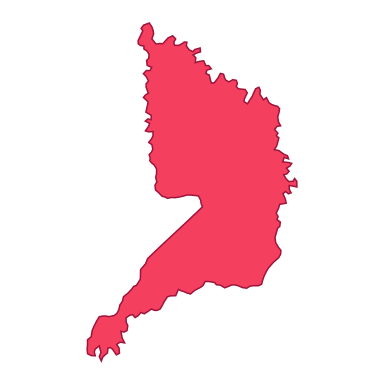 the district of Mandaguari, Paraná, Brazil
{"feature_id": "56859067B2319908604848", "entity_name": "Mandaguari", "entity_type": "district", "adm_level": 2, "iso_a3": "BRA", "parent_name": "Brazil", "parent_adm1": "Paraná", "projection": "robinson", "projection_center": [-51.721, -23.489], "detail": "fine", "context": "isolated", "style": "filled", "palette": "rose", "viewbox_px": 384, "rotation_deg": 0, "n_neighbors": 0, "source": "geoboundaries", "source_scale": "gbopen_adm2", "svg_char_len": 3606}
<svg xmlns="http://www.w3.org/2000/svg" viewBox="0 0 384 384"><path d="M280.6,125.8L278.6,122.1L277.7,117.1L279.1,111.9L279.6,108.8L277.6,106.3L275.0,105.7L271.7,104.5L269.1,102.8L266.4,97.6L263.5,99.8L259.9,94.3L260.3,90.2L258.9,87.2L255.6,88.8L253.7,92.9L252.3,96.3L249.1,101.1L247.5,103.8L243.9,101.6L244.5,98.7L247.3,92.8L245.1,89.5L238.4,88.8L236.3,86.5L237.4,83.5L236.3,80.3L232.8,79.7L229.0,81.8L225.9,80.3L224.5,77.6L223.6,74.2L220.4,73.4L218.1,77.8L214.3,82.8L211.3,83.0L210.3,79.5L209.3,75.0L205.8,73.5L207.0,70.0L211.3,68.8L208.7,65.6L205.8,65.6L203.7,60.8L198.7,61.5L195.3,62.7L195.8,57.7L193.1,55.0L196.4,53.1L200.5,51.9L200.1,48.0L194.8,49.5L192.9,51.6L189.2,49.9L186.3,45.9L186.9,42.2L184.3,42.0L182.0,43.7L178.7,45.4L174.6,45.3L173.8,42.2L175.7,38.9L172.7,35.8L168.1,37.9L162.8,43.7L159.6,43.5L156.1,44.1L151.9,38.9L153.6,33.9L153.2,30.7L151.9,26.9L149.3,23.0L143.6,25.1L141.1,28.4L142.8,30.9L141.3,33.9L139.7,37.4L138.2,40.4L138.2,43.7L140.4,45.5L143.9,46.0L143.9,49.0L147.2,51.2L149.1,54.5L148.7,58.5L146.6,60.4L147.2,65.4L151.7,67.3L149.9,70.6L146.4,70.5L143.4,73.7L146.2,76.5L148.5,81.0L146.1,83.8L146.1,87.1L148.3,93.3L145.6,94.8L143.4,97.5L145.8,99.6L148.1,102.0L147.2,106.3L145.9,112.1L151.2,115.4L151.1,119.7L147.9,118.9L145.3,121.1L149.6,123.4L148.6,126.3L145.4,130.9L148.9,131.9L153.0,131.6L153.0,135.9L151.4,139.1L148.7,142.4L151.9,144.7L152.8,149.1L151.5,152.2L149.1,154.7L150.2,157.7L149.8,160.8L151.7,163.0L154.3,165.1L156.6,169.0L156.5,173.9L155.7,177.5L156.8,182.0L155.0,185.2L155.5,190.0L158.8,192.8L162.1,196.3L165.0,197.0L167.5,198.3L171.4,197.5L175.0,197.7L179.2,197.0L183.7,196.0L186.8,195.0L191.5,195.1L198.4,195.9L200.7,200.3L201.1,203.4L202.4,206.9L198.8,210.3L196.5,212.7L193.7,215.1L189.1,219.6L160.9,245.9L147.6,258.6L145.5,263.9L140.6,269.6L140.3,279.2L136.5,285.3L133.6,286.5L131.5,289.4L127.6,293.5L123.5,296.7L122.4,301.3L119.8,305.1L118.9,309.5L117.1,313.2L114.1,315.6L109.0,316.6L105.7,316.0L102.7,316.0L99.2,316.8L96.8,320.8L93.8,326.7L92.1,330.8L91.2,336.8L87.5,339.8L87.5,345.1L87.1,349.2L87.6,353.8L91.4,355.6L95.3,355.8L94.3,352.1L95.1,349.2L99.3,345.9L100.1,349.4L101.0,352.3L99.3,356.6L101.3,361.0L102.8,357.1L104.8,355.1L107.5,352.9L107.9,348.1L110.5,347.6L112.7,349.4L116.4,354.9L119.5,353.2L119.0,347.9L116.7,344.4L120.1,342.1L124.6,342.9L122.1,337.9L121.0,331.3L124.1,332.1L127.0,330.6L127.8,325.6L126.1,322.2L126.1,317.8L129.8,315.2L132.7,314.7L135.1,317.6L138.3,315.6L140.8,312.5L144.3,313.8L148.2,311.3L151.5,309.0L153.9,310.2L156.5,310.5L159.9,309.3L161.8,306.3L164.3,301.5L167.4,296.8L170.3,295.9L175.7,295.7L178.4,289.4L180.9,290.7L183.9,291.6L187.0,293.0L190.5,294.0L194.8,290.3L200.3,287.5L203.1,285.5L205.1,281.5L208.6,281.5L214.6,282.5L216.3,284.7L220.5,285.2L224.7,287.8L228.2,286.5L231.8,284.9L234.9,284.9L238.0,285.7L242.5,287.6L246.7,288.2L249.9,286.2L253.3,285.7L258.6,285.7L261.6,284.2L262.6,280.4L264.2,275.8L266.8,270.6L268.5,267.9L271.1,264.9L273.8,261.9L278.7,257.7L280.6,254.2L280.9,250.4L278.4,247.3L275.7,242.7L275.0,237.2L276.6,232.0L277.5,228.4L279.8,226.3L280.3,222.0L276.9,219.6L278.1,216.5L276.2,213.3L278.6,208.1L279.7,204.3L286.2,203.2L285.3,199.0L283.0,193.8L285.5,191.5L288.4,193.8L291.1,192.8L289.3,189.4L289.2,185.5L292.5,186.0L296.9,187.0L296.8,181.3L294.6,178.5L293.0,181.3L288.7,181.5L285.9,178.5L283.7,174.7L286.9,173.9L289.1,171.3L286.5,168.2L290.0,166.0L291.7,163.4L288.7,162.5L282.7,161.9L284.2,157.4L288.5,158.9L287.5,155.7L284.2,154.4L278.7,150.5L274.3,149.7L276.7,145.9L278.9,137.9L276.3,135.6L277.9,133.2L274.6,129.5L277.2,126.3L280.6,125.8Z" fill="#f43f5e" stroke="#9f1239" stroke-width="1.5"/></svg>